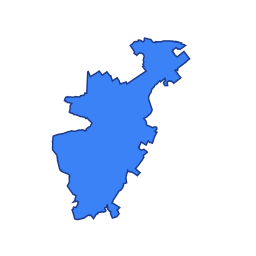 Vandzenes pag., Talsi, Latvia (Mercator projection), rotated 333°
{"feature_id": "27541924B44124722370544", "entity_name": "Vandzenes pag.", "entity_type": "district", "adm_level": 2, "iso_a3": "LVA", "parent_name": "Latvia", "parent_adm1": "Talsi", "projection": "mercator", "projection_center": [22.859, 57.331], "detail": "fine", "context": "isolated", "style": "filled", "palette": "blue", "viewbox_px": 256, "rotation_deg": 333, "n_neighbors": 0, "source": "geoboundaries", "source_scale": "gbopen_adm2", "svg_char_len": 5614}
<svg xmlns="http://www.w3.org/2000/svg" viewBox="0 0 256 256"><g transform="rotate(333 128 128)"><path d="M56.1,193.1L60.3,190.6L62.1,190.7L62.3,190.0L63.1,190.1L63.4,189.9L66.1,190.8L66.8,190.5L66.8,190.8L67.5,191.5L67.8,191.8L68.3,191.8L70.1,192.2L71.0,191.2L70.5,190.0L70.7,189.1L71.1,188.7L71.3,188.5L72.9,189.1L73.2,188.5L73.8,187.6L74.4,187.1L74.8,187.3L74.6,188.0L73.6,190.2L73.4,190.1L73.2,191.0L73.2,191.4L73.4,192.1L73.5,192.8L73.7,193.4L73.8,193.8L74.7,194.6L74.1,195.4L73.6,196.4L73.2,201.1L76.5,201.8L76.7,201.7L77.6,201.9L81.1,200.4L81.0,200.2L81.1,199.0L81.4,198.1L81.0,196.2L84.5,195.2L80.1,187.6L79.8,187.5L80.5,186.9L82.2,185.5L84.4,184.2L84.6,184.1L89.8,181.1L91.3,180.1L93.4,180.1L96.6,178.4L98.2,176.6L98.7,175.7L101.9,176.2L102.3,175.2L102.6,173.6L103.0,173.0L103.4,171.8L104.4,170.0L105.2,169.4L105.9,168.4L108.5,165.9L108.6,165.7L108.7,166.0L108.8,166.8L109.2,167.6L109.6,167.9L110.2,168.2L111.3,169.0L111.8,169.6L112.3,170.1L112.8,171.2L113.8,172.8L114.2,173.8L114.6,174.7L118.5,173.2L117.9,172.0L116.2,167.7L117.1,167.3L117.1,167.2L119.1,166.4L121.9,165.1L126.1,163.0L126.8,162.5L128.7,161.3L128.6,161.2L129.3,159.4L133.9,158.4L134.2,158.3L133.9,157.6L134.0,157.6L133.7,156.7L132.7,154.6L132.1,154.1L129.9,153.9L128.3,151.1L129.6,150.0L129.2,149.6L131.6,148.0L133.4,146.4L136.3,151.4L136.6,151.3L140.0,148.7L140.8,150.3L140.9,150.8L141.0,151.0L141.6,151.2L142.8,152.6L144.6,151.0L146.7,148.7L150.8,145.5L151.1,145.3L151.7,145.2L151.9,144.9L150.7,143.9L150.4,143.2L152.0,142.5L152.9,142.3L153.7,141.1L153.8,140.6L153.3,139.8L152.6,139.3L151.5,138.9L150.9,139.2L150.1,138.7L145.8,133.7L146.7,131.7L147.1,129.7L147.1,129.3L147.0,128.9L146.5,127.9L146.4,126.6L148.7,126.7L149.6,126.6L150.7,126.4L154.2,125.4L154.8,125.2L155.2,125.0L157.5,123.1L157.8,122.6L157.9,122.2L159.2,113.3L159.4,112.4L159.6,111.5L159.9,110.7L160.4,109.8L160.8,109.4L161.8,108.4L162.6,107.8L164.7,106.6L165.1,106.2L165.7,105.4L166.9,104.3L167.4,104.0L169.6,103.3L170.0,103.1L171.0,102.3L171.3,102.1L171.7,102.0L173.0,102.0L173.5,101.9L175.3,101.2L177.7,100.4L178.0,101.7L183.4,100.6L183.3,101.2L183.0,102.0L183.1,102.4L180.4,103.7L180.2,103.9L179.9,104.6L180.2,107.0L182.6,108.2L183.7,104.9L186.1,104.6L186.7,105.0L186.8,105.5L187.5,105.8L188.4,106.7L188.7,107.6L188.9,108.7L189.0,108.9L197.9,107.2L197.4,105.3L197.3,105.0L196.7,102.2L196.9,102.2L196.7,101.1L196.1,98.1L197.2,97.9L197.8,98.5L198.3,99.3L198.6,98.9L198.4,98.5L198.6,98.6L199.1,98.2L199.2,97.4L209.8,95.5L209.7,95.2L210.9,94.9L210.9,95.0L211.2,94.9L214.3,94.3L212.9,86.9L212.6,85.2L210.8,85.6L204.0,87.0L203.8,86.3L202.9,84.3L202.6,83.3L203.0,82.6L202.5,82.1L202.5,81.6L202.2,80.3L202.2,80.2L202.3,79.9L203.3,79.8L203.4,78.8L207.4,78.2L208.0,80.1L209.0,80.8L209.5,80.7L209.9,81.0L210.1,81.6L216.7,80.6L216.0,79.7L215.8,79.3L213.6,77.2L214.0,76.8L214.2,76.5L213.4,76.0L212.6,75.0L212.5,74.9L212.2,74.8L211.8,74.2L211.5,73.9L211.3,74.1L210.9,73.9L210.6,73.3L210.5,73.1L210.3,72.9L210.2,72.9L209.7,73.0L209.6,72.9L209.5,72.3L209.4,72.2L208.2,72.0L208.0,71.8L207.8,71.5L207.8,71.4L207.4,71.2L207.3,70.9L204.0,69.0L199.3,66.6L196.3,66.1L191.8,63.6L191.4,64.4L189.1,62.9L188.9,61.8L188.7,60.5L188.5,59.6L183.6,55.4L183.1,55.9L182.4,57.1L182.4,57.4L182.3,57.7L180.4,58.1L180.1,57.4L179.1,55.7L178.4,55.6L178.3,55.0L177.5,54.5L176.9,54.4L176.2,55.5L173.7,54.3L172.4,54.1L172.0,54.5L170.5,55.0L167.5,55.5L168.3,61.3L168.4,62.8L167.3,64.4L168.0,65.1L167.9,65.4L168.5,66.2L168.7,67.2L171.8,66.3L173.9,67.3L174.9,69.1L175.2,69.3L175.0,71.3L174.5,72.2L172.8,73.8L171.6,77.0L170.9,77.5L170.6,78.0L170.1,78.3L170.2,79.0L170.3,79.9L169.0,80.0L169.6,83.6L170.0,85.5L146.9,88.3L147.2,86.1L144.9,85.8L141.0,85.2L141.5,81.9L141.1,78.3L135.5,79.0L136.3,73.6L135.7,73.6L135.3,72.0L134.7,68.4L129.0,69.2L128.6,66.7L128.2,64.2L123.5,64.8L122.1,64.8L117.8,65.2L117.9,63.8L118.2,59.7L117.6,59.7L107.1,78.2L105.4,77.2L104.4,78.6L103.4,78.7L102.8,78.5L102.7,78.6L102.0,78.2L100.5,77.8L100.3,77.8L99.8,78.3L98.2,78.0L97.8,77.9L97.2,77.3L95.1,76.0L94.3,76.1L93.8,75.9L92.2,75.3L91.5,74.8L90.6,74.0L89.6,73.7L89.3,73.5L88.7,72.8L88.2,73.3L87.0,72.3L86.4,72.5L85.2,73.3L84.1,74.4L83.8,74.8L84.8,75.7L84.5,76.0L85.6,77.5L85.7,77.8L87.7,79.2L89.1,80.5L86.9,81.6L85.3,84.2L85.2,84.8L82.9,87.1L83.1,87.7L83.8,88.6L84.8,89.3L85.3,89.8L86.0,91.5L86.7,91.8L89.1,94.0L90.5,95.9L94.3,98.7L94.9,100.6L96.2,100.4L96.3,100.9L96.6,102.6L97.1,104.0L97.7,105.5L98.1,106.7L98.1,107.1L95.6,109.1L95.2,109.4L94.5,109.5L93.4,109.3L92.9,109.5L92.9,109.4L92.3,109.5L90.0,110.1L89.9,111.1L89.2,111.1L88.8,111.3L88.6,111.1L88.3,111.1L87.3,109.4L85.9,108.7L85.4,108.8L83.9,107.8L82.7,107.4L80.3,107.2L77.6,106.0L76.5,104.9L75.1,104.7L74.5,104.7L73.3,104.2L67.8,103.6L66.3,103.1L62.3,101.9L58.6,101.4L57.6,101.4L57.5,101.5L56.8,102.6L56.1,103.7L56.0,104.0L55.7,104.5L55.4,104.9L54.5,105.7L54.5,106.0L54.5,106.5L54.4,106.6L51.0,112.9L51.0,113.2L51.0,113.5L52.3,119.8L52.3,120.0L51.1,123.5L50.3,125.4L50.2,126.4L49.1,130.7L49.1,131.6L49.0,131.9L48.7,132.3L48.6,132.7L48.5,134.7L49.0,134.8L49.2,135.0L48.9,135.6L48.9,136.1L49.5,136.6L49.4,136.7L50.3,138.0L51.5,139.4L53.6,141.7L54.5,143.5L54.1,144.8L53.5,144.7L52.0,148.0L51.1,149.7L47.6,152.1L48.8,160.9L48.9,162.1L49.0,162.3L49.2,162.5L50.4,163.8L50.9,164.6L50.8,165.0L50.5,165.4L48.6,167.2L47.9,168.3L47.4,168.6L45.7,169.2L49.2,170.0L50.1,170.8L49.6,171.1L49.6,172.4L45.7,175.2L43.6,173.8L42.6,174.7L42.1,175.5L41.0,175.5L40.5,179.2L39.3,184.7L39.4,184.9L40.3,185.8L41.7,186.8L47.0,188.1L47.9,188.3L52.6,187.6L54.1,188.2L54.1,188.6L54.8,188.5L55.3,188.7L55.3,189.1L55.6,190.3L55.9,192.1L56.1,193.1Z" fill="#3b82f6" stroke="#1e3a8a" stroke-width="1.5"/></g></svg>